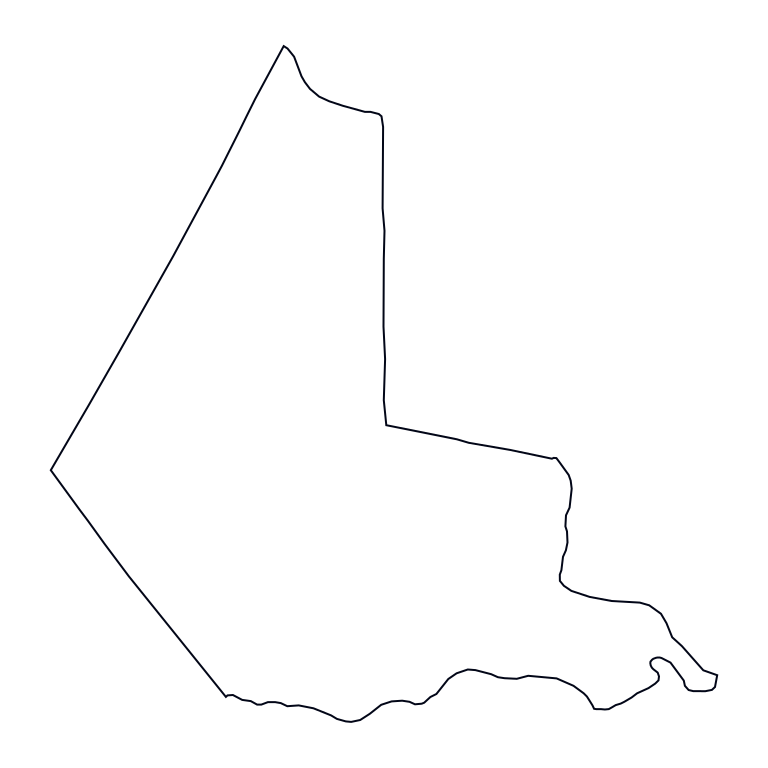 the district of Tacaná, San Marcos, Guatemala
{"feature_id": "79465075B77121462598505", "entity_name": "Tacaná", "entity_type": "district", "adm_level": 2, "iso_a3": "GTM", "parent_name": "Guatemala", "parent_adm1": "San Marcos", "projection": "orthographic", "projection_center": [-92.043, 15.294], "detail": "fine", "context": "isolated", "style": "outline", "palette": "ink", "viewbox_px": 768, "rotation_deg": 0, "n_neighbors": 0, "source": "geoboundaries", "source_scale": "gbopen_adm2", "svg_char_len": 1879}
<svg xmlns="http://www.w3.org/2000/svg" viewBox="0 0 768 768"><path d="M717.2,675.2L703.3,670.3L681.9,646.1L672.2,637.3L666.5,623.2L661.0,613.8L649.2,605.3L639.8,602.6L611.7,601.0L589.6,596.9L571.4,590.9L563.9,585.8L559.9,580.9L559.8,574.6L561.4,570.2L563.0,556.8L565.9,550.3L567.5,542.5L567.0,531.4L565.4,526.4L566.0,515.3L569.6,507.6L571.7,488.7L570.7,480.7L568.7,475.0L559.4,462.1L556.4,458.1L553.7,457.9L551.9,458.7L510.0,449.9L468.8,442.8L456.9,439.3L386.3,425.2L383.8,400.2L385.1,359.1L383.5,326.7L383.8,258.8L384.5,230.8L382.6,208.4L383.1,126.9L381.5,116.3L378.8,114.0L370.6,111.9L365.0,111.9L342.9,105.8L329.3,101.3L319.1,96.6L310.0,88.9L304.9,82.2L301.5,76.3L294.1,56.7L287.5,48.5L283.7,46.1L255.1,99.1L246.3,116.8L239.9,129.9L234.9,139.9L226.7,156.2L222.0,165.6L216.5,175.9L173.1,256.3L118.6,353.0L88.9,404.9L50.8,470.2L80.1,510.4L88.0,520.9L104.5,543.8L128.9,576.4L225.9,696.9L227.5,695.4L232.9,695.0L242.2,699.9L250.8,701.1L257.1,704.6L261.3,704.6L268.0,702.1L275.0,702.1L280.8,703.1L287.3,706.2L298.7,705.4L313.5,708.3L331.1,715.4L336.9,718.9L345.8,721.4L351.2,721.9L360.2,720.0L369.8,713.8L381.2,704.8L391.6,701.4L402.2,700.7L409.5,701.8L415.0,704.3L421.7,703.7L424.2,702.7L430.4,697.0L436.4,694.0L448.3,679.0L456.6,673.3L467.8,669.5L475.4,670.1L491.2,674.2L497.9,677.2L504.5,678.2L516.8,678.8L528.2,675.8L556.6,678.4L573.5,685.8L583.7,693.3L586.9,696.5L589.2,700.1L592.5,705.4L594.1,708.8L596.1,709.1L600.6,709.1L604.9,709.5L608.8,709.1L612.0,707.3L615.7,705.1L620.7,703.6L624.3,701.8L631.6,697.5L637.1,693.3L648.5,688.1L655.2,683.6L658.5,680.4L659.0,676.4L657.7,672.6L653.3,669.2L651.8,667.6L650.7,665.4L650.3,663.1L650.5,661.6L652.1,659.7L653.3,658.8L656.0,657.8L657.6,657.5L659.6,657.5L661.5,658.0L670.5,662.6L683.8,680.6L684.9,685.8L688.6,690.0L693.1,691.1L705.3,691.2L711.9,689.9L715.0,687.0L717.2,675.2Z" fill="none" stroke="#020617" stroke-width="2"/></svg>